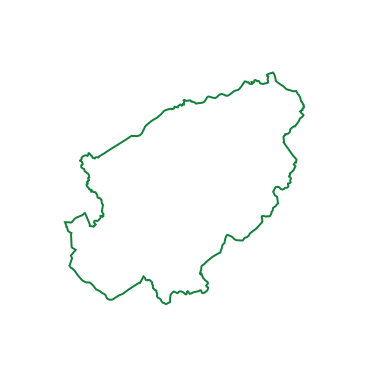 Pho Prathap Chang, Phichit, Thailand (Natural Earth projection), rotated 146°
{"feature_id": "78962969B76859973780400", "entity_name": "Pho Prathap Chang", "entity_type": "district", "adm_level": 2, "iso_a3": "THA", "parent_name": "Thailand", "parent_adm1": "Phichit", "projection": "natural_earth1", "projection_center": [100.175, 16.321], "detail": "fine", "context": "isolated", "style": "outline", "palette": "green", "viewbox_px": 384, "rotation_deg": 146, "n_neighbors": 0, "source": "geoboundaries", "source_scale": "gbopen_adm2", "svg_char_len": 6045}
<svg xmlns="http://www.w3.org/2000/svg" viewBox="0 0 384 384"><g transform="rotate(146 192 192)"><path d="M269.0,276.0L269.8,274.6L269.9,274.0L269.4,273.0L269.1,272.1L268.6,271.6L269.3,269.1L268.0,265.5L267.9,264.6L268.1,263.7L269.2,261.5L270.4,261.5L270.9,259.4L271.7,259.7L272.6,258.7L273.6,258.9L273.8,257.2L275.0,257.4L275.3,257.2L275.8,255.4L275.4,252.4L275.7,252.0L275.4,251.1L275.0,250.7L274.5,250.5L274.1,249.5L274.3,249.3L275.1,249.1L275.3,248.9L275.3,248.5L273.7,247.5L273.5,246.9L272.2,245.8L272.2,242.6L273.0,241.2L273.2,240.5L273.1,239.5L272.0,238.8L271.5,237.3L271.7,237.1L271.5,235.9L272.3,234.7L273.0,232.9L273.0,231.1L277.3,226.6L277.7,225.5L277.7,223.3L278.0,222.9L278.5,222.6L278.9,221.6L280.0,221.4L280.2,222.6L281.2,223.4L282.0,222.1L282.6,221.6L284.9,220.9L286.7,220.9L287.5,221.8L289.0,222.6L290.3,221.5L290.0,218.9L292.0,218.4L292.3,218.8L293.0,218.4L295.7,221.0L295.0,222.0L294.6,223.3L292.5,234.2L292.9,234.5L293.6,234.5L294.9,234.2L296.3,234.2L302.5,235.5L304.1,235.4L308.8,234.2L309.4,234.3L311.2,235.9L314.2,237.9L314.6,235.9L315.6,233.4L315.2,233.1L315.7,231.3L316.3,230.5L316.3,229.3L316.5,229.1L315.9,227.0L314.9,225.4L315.9,224.6L322.5,213.8L322.5,212.8L320.8,209.1L328.0,207.0L328.4,204.2L334.8,199.4L334.8,196.8L334.0,195.6L333.3,192.0L333.2,186.6L332.5,180.7L331.7,178.6L330.4,176.3L327.6,174.3L327.1,173.6L326.3,170.1L326.0,165.1L323.7,161.1L323.0,158.8L321.6,156.1L321.4,155.3L321.5,153.6L321.8,152.5L321.9,151.4L321.7,150.6L320.6,148.8L318.3,147.4L317.1,147.2L315.1,147.3L310.4,147.1L306.3,146.3L298.8,146.6L289.1,146.4L285.8,146.1L285.7,145.8L279.4,149.1L279.2,148.4L279.1,146.9L279.5,145.3L279.4,144.8L278.9,144.2L276.5,143.0L275.6,139.7L275.7,139.1L276.7,137.8L276.5,136.2L277.4,135.5L278.1,134.1L277.8,133.6L277.7,131.7L277.1,131.0L276.8,130.0L277.5,128.9L277.8,127.1L279.2,125.4L279.4,124.4L279.1,122.7L278.1,121.3L278.3,119.0L278.3,116.9L276.9,115.0L276.3,113.6L271.7,113.0L270.0,115.6L267.1,118.9L263.8,119.7L262.9,119.7L262.4,119.1L260.7,116.3L258.1,116.6L257.2,116.2L256.5,115.6L255.3,113.6L255.0,112.4L254.8,111.3L254.3,110.5L253.7,110.4L252.1,112.0L251.6,112.2L251.2,112.2L250.9,111.9L250.8,111.3L251.0,109.2L250.5,108.6L247.3,108.1L241.7,106.0L240.2,106.0L239.6,105.4L239.7,104.6L240.1,103.1L239.7,102.1L237.3,101.5L235.1,101.7L233.8,102.1L232.1,103.5L232.1,104.4L232.8,105.5L232.6,106.4L231.6,106.9L230.0,107.1L229.5,108.5L229.5,109.0L230.4,111.5L230.8,114.4L230.6,115.8L229.8,118.7L229.9,119.3L230.9,119.0L231.1,119.8L229.3,121.4L227.8,122.4L226.8,123.9L225.8,125.0L224.8,125.4L221.9,125.4L218.8,126.1L211.8,126.8L204.9,126.4L202.4,125.9L202.1,126.0L201.2,127.2L198.3,129.0L197.3,130.2L196.5,130.9L195.8,131.2L193.5,131.6L191.3,134.0L188.8,136.0L187.4,136.6L187.0,136.7L186.0,136.0L183.8,132.4L183.2,129.0L182.0,127.1L177.2,123.5L176.1,123.7L174.0,124.6L171.5,123.8L170.6,123.9L169.4,124.1L167.0,125.3L159.5,125.7L151.7,127.5L150.3,128.1L148.9,130.4L148.3,132.2L147.6,132.8L146.1,132.2L144.3,130.1L143.1,129.8L141.9,128.8L141.2,128.4L140.8,128.5L138.2,129.7L137.1,131.1L135.5,131.5L133.7,133.4L130.8,133.5L128.9,134.1L127.1,134.4L126.7,135.5L125.7,137.1L125.5,138.0L124.8,138.9L124.2,140.2L124.8,142.2L125.2,142.9L124.5,146.9L123.7,147.2L121.1,148.8L120.1,149.2L119.6,149.2L118.2,148.5L117.8,147.9L117.3,147.7L117.0,147.0L116.9,145.5L116.5,144.4L115.4,143.3L114.2,143.1L113.2,143.4L110.5,142.4L109.6,142.5L108.6,143.1L108.3,144.4L108.0,145.1L107.6,145.4L106.1,144.7L104.9,144.8L104.3,146.4L103.7,147.1L102.6,147.7L102.2,149.0L102.9,150.6L102.4,151.0L100.8,151.6L100.5,152.7L99.2,152.7L95.4,153.4L93.7,154.5L92.0,155.4L91.8,155.6L92.1,158.0L89.3,159.0L89.0,158.5L87.2,160.5L87.9,166.6L88.3,181.6L87.9,181.5L85.4,186.5L83.8,187.2L82.8,187.0L82.3,187.8L81.1,187.1L79.6,186.6L77.5,186.9L75.4,189.0L73.0,189.5L70.3,189.3L69.9,188.8L64.0,190.9L62.3,191.9L61.7,192.5L58.2,192.7L57.0,193.1L56.6,193.3L56.5,193.6L57.2,196.5L57.4,198.4L56.5,198.5L56.1,198.1L55.6,198.4L54.7,198.1L54.2,199.0L53.9,198.9L52.9,199.4L52.4,199.4L52.3,199.6L51.9,199.7L51.8,200.3L51.2,200.5L51.1,200.8L51.0,202.3L50.7,202.3L50.7,206.3L50.3,207.6L49.7,209.1L49.3,211.0L49.2,212.5L49.5,213.8L49.2,217.5L51.2,218.5L52.1,219.3L53.9,221.7L55.9,223.9L56.3,224.7L57.1,228.5L58.7,232.0L60.2,236.3L60.2,237.5L58.7,241.0L58.2,242.8L58.0,244.7L58.1,245.8L59.3,246.0L60.2,246.5L63.5,247.3L64.3,247.2L64.8,246.2L64.2,245.3L64.3,244.8L66.4,243.1L66.9,241.3L67.8,240.4L68.2,240.2L69.9,240.8L71.2,241.4L72.2,241.6L73.9,242.9L74.7,244.1L74.5,246.0L74.8,246.9L76.2,247.6L76.6,249.2L77.5,249.7L77.8,249.7L79.2,248.4L79.9,248.2L80.3,248.5L80.7,249.7L81.0,249.9L81.5,248.2L81.8,248.0L82.2,248.2L83.8,249.6L83.7,250.8L84.0,251.4L84.2,251.7L85.0,252.1L85.4,253.2L86.2,254.1L86.8,254.1L92.0,251.9L95.3,250.9L96.7,250.9L99.3,251.8L101.0,252.1L106.0,251.7L108.2,251.8L108.8,252.0L110.2,253.1L111.5,255.4L112.7,256.7L114.4,257.3L115.6,257.3L118.6,256.7L120.1,256.9L122.1,258.6L124.5,261.6L125.2,262.0L126.3,262.1L130.3,260.3L132.0,259.9L133.5,260.3L139.1,263.0L139.4,263.3L139.6,264.7L140.8,266.0L141.1,266.8L141.6,267.0L141.8,267.6L142.2,267.8L142.0,268.6L142.7,269.3L145.6,270.6L146.9,272.6L147.3,272.8L147.7,272.6L147.6,271.4L149.2,270.1L149.4,269.1L149.8,268.9L150.7,270.0L151.7,269.2L152.1,269.2L152.9,271.1L155.4,271.0L156.0,270.2L156.4,270.1L157.2,270.7L158.5,272.3L159.0,272.3L159.3,271.9L160.7,271.3L160.8,271.6L162.6,271.9L162.8,272.1L162.9,272.8L163.3,273.1L168.7,274.8L170.6,274.7L174.3,273.7L179.2,273.2L184.3,273.5L186.5,273.5L192.2,272.9L194.1,272.5L200.5,268.8L202.1,268.4L203.7,268.2L206.4,269.1L210.6,272.2L211.4,272.4L218.4,272.4L237.3,273.1L243.4,273.1L249.1,273.5L249.8,273.1L250.4,273.0L251.6,274.2L252.1,274.5L252.7,274.6L253.9,274.2L254.5,275.2L255.1,275.7L254.9,278.0L255.4,279.0L255.3,280.1L255.5,280.5L255.7,281.7L255.9,282.0L256.2,282.0L257.2,280.9L258.4,280.3L259.1,281.3L260.0,282.1L260.6,282.3L262.1,282.5L263.8,282.4L264.5,282.0L264.9,281.2L265.9,280.8L267.2,280.7L267.3,280.3L266.6,279.6L266.6,278.6L266.4,278.3L266.7,277.3L266.8,276.6L267.2,276.0L269.0,276.0Z" fill="none" stroke="#15803d" stroke-width="2"/></g></svg>